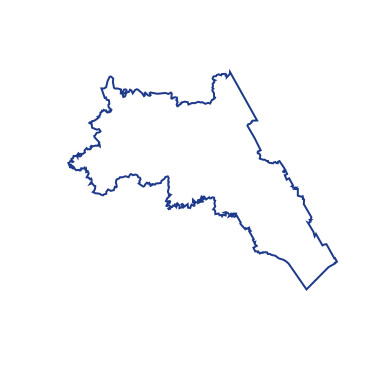 Stratford District, Manawatu-Wanganui, New Zealand, rotated 241°
{"feature_id": "76426892B63659956028788", "entity_name": "Stratford District", "entity_type": "district", "adm_level": 2, "iso_a3": "NZL", "parent_name": "New Zealand", "parent_adm1": "Manawatu-Wanganui", "projection": "albers", "projection_center": [174.669, -39.151], "detail": "fine", "context": "isolated", "style": "outline", "palette": "blue", "viewbox_px": 384, "rotation_deg": 241, "n_neighbors": 0, "source": "geoboundaries", "source_scale": "gbopen_adm2", "svg_char_len": 6135}
<svg xmlns="http://www.w3.org/2000/svg" viewBox="0 0 384 384"><g transform="rotate(241 192 192)"><path d="M51.3,244.9L60.1,275.0L60.2,282.7L60.8,282.7L60.8,285.0L64.9,285.0L64.9,284.3L81.1,284.3L81.9,282.5L82.0,280.2L95.2,280.1L93.8,277.8L98.2,278.9L109.1,278.5L108.3,279.1L108.5,281.2L109.3,281.9L109.6,281.3L110.6,281.4L110.2,283.0L110.7,282.8L112.1,284.2L127.2,283.9L131.1,286.4L132.1,285.5L133.0,286.4L134.7,286.7L134.7,285.5L137.5,282.8L143.3,286.0L144.8,283.3L145.3,285.3L147.0,282.4L148.1,282.7L148.6,282.2L148.8,283.5L156.9,283.6L156.9,280.8L161.7,281.3L161.6,283.9L165.8,284.3L165.6,282.9L164.7,282.2L165.2,281.6L165.8,281.7L166.4,283.8L167.9,284.3L176.6,283.5L176.7,281.9L175.6,281.0L176.3,279.9L177.8,279.5L178.2,277.9L177.8,276.8L179.7,274.2L181.2,273.1L182.3,273.5L182.8,272.4L185.0,271.3L185.7,269.9L188.4,267.4L190.5,269.3L191.9,269.6L193.2,269.3L193.8,268.3L194.9,268.6L195.5,269.3L195.2,272.3L208.9,272.9L223.1,272.6L224.0,274.0L223.5,275.6L224.0,278.0L224.7,278.2L225.0,279.5L223.0,283.6L278.5,283.4L276.9,282.3L275.4,277.9L276.6,278.5L277.4,277.8L278.4,278.9L279.2,278.4L280.7,275.3L279.9,274.1L281.9,272.4L282.3,270.5L281.7,269.2L282.6,266.8L281.4,265.1L280.3,264.9L278.5,266.3L278.5,265.2L277.1,264.5L276.8,262.7L274.2,261.5L273.5,260.5L272.1,260.7L272.2,260.2L271.0,259.0L267.8,259.1L264.6,257.5L263.4,258.0L262.8,257.0L263.4,256.5L262.6,255.1L262.8,254.0L260.6,250.7L262.1,249.4L262.7,246.4L265.7,244.4L266.0,243.1L267.7,241.4L268.5,237.2L269.8,235.1L270.2,231.3L272.6,231.8L274.4,229.7L275.3,226.6L274.6,225.7L275.1,225.1L274.3,224.1L274.4,222.6L273.8,221.2L274.3,220.7L276.2,221.1L277.5,223.0L279.6,222.9L279.3,223.4L281.8,224.6L283.0,223.3L283.6,221.4L283.1,220.2L283.9,219.3L287.9,222.0L289.2,221.7L289.2,218.8L291.5,216.8L294.7,209.3L299.2,203.9L299.0,202.9L296.7,202.7L296.6,201.7L297.9,200.4L301.6,199.3L301.3,198.4L299.3,197.5L299.1,196.5L302.9,196.2L308.0,194.2L308.7,193.3L308.8,191.6L307.0,188.0L310.3,188.2L311.5,187.4L310.1,185.3L310.8,182.8L308.1,179.8L308.4,178.0L311.1,178.6L311.5,182.9L312.1,183.8L313.3,184.1L314.1,183.4L314.5,182.2L312.2,178.3L312.7,177.5L316.1,179.6L318.7,177.0L319.8,174.8L321.0,174.3L326.4,176.1L329.4,178.1L331.8,177.3L332.6,176.6L332.7,175.8L330.0,172.0L325.3,167.7L325.2,165.2L326.5,163.0L316.6,161.3L316.3,162.6L314.1,162.1L312.5,163.8L309.1,162.4L308.7,161.1L306.6,160.2L303.0,161.4L302.0,160.0L303.0,159.2L301.9,158.6L302.5,156.7L303.0,156.3L303.9,157.3L303.6,156.3L305.0,156.3L305.0,155.6L306.6,154.7L306.0,153.2L306.7,152.7L305.8,151.5L305.9,150.4L304.4,149.6L303.6,147.8L302.8,147.6L303.5,146.0L302.2,145.9L301.7,141.3L302.4,138.8L300.7,137.2L302.4,136.7L302.2,135.7L299.9,137.1L296.7,135.8L292.7,139.0L292.0,141.2L289.4,141.4L289.1,140.2L289.9,137.2L288.4,134.6L288.4,133.6L287.2,133.3L280.3,135.0L279.0,133.3L278.3,134.2L276.6,133.5L278.6,132.5L278.4,131.4L279.4,130.0L280.0,127.4L281.2,126.3L280.7,125.1L279.6,125.5L278.9,124.5L278.9,123.0L279.7,122.4L279.8,121.5L281.5,121.1L280.4,118.1L278.6,117.6L278.2,115.4L279.2,113.3L277.6,113.0L277.3,111.6L278.0,110.6L280.0,111.6L280.9,111.4L280.1,109.7L278.1,108.7L279.9,108.6L280.1,107.1L280.9,105.9L279.2,104.3L279.5,102.8L278.0,102.1L276.1,102.8L276.1,101.9L278.2,100.9L277.2,98.9L277.3,97.9L275.1,97.7L274.8,99.3L273.2,99.7L272.8,98.3L273.4,97.4L273.0,97.3L271.9,98.1L271.7,100.6L270.4,100.7L271.3,99.7L270.4,99.3L269.9,100.2L267.1,101.4L266.2,103.8L265.1,104.3L264.9,105.1L265.9,105.8L265.7,106.6L266.3,106.8L265.1,108.6L265.4,109.9L263.1,109.6L263.5,110.5L262.0,109.8L261.0,110.7L260.5,109.6L260.0,110.8L258.2,110.6L255.9,107.0L254.6,108.6L252.8,108.8L252.7,110.3L251.1,110.1L249.6,109.0L248.4,106.6L248.1,108.9L245.3,109.3L244.1,110.3L241.9,108.8L240.4,106.9L240.0,105.3L237.8,106.8L235.6,110.0L232.9,111.8L232.2,112.7L232.6,113.9L232.0,116.1L233.8,117.3L234.9,119.9L232.4,121.5L231.5,124.5L233.9,127.0L232.9,128.0L233.1,128.8L237.5,130.2L239.5,132.0L239.2,134.8L239.8,136.4L238.8,137.6L238.0,141.5L235.7,143.7L237.2,146.2L237.3,147.4L235.3,148.5L234.7,151.0L233.2,152.3L231.1,152.1L229.7,153.4L228.1,153.2L227.1,151.4L225.8,150.9L225.3,149.5L220.4,152.0L220.2,153.1L221.3,154.7L222.0,157.1L220.8,157.5L220.7,159.0L219.2,158.5L218.8,159.6L217.5,158.9L217.4,160.7L217.9,161.7L216.4,163.2L216.9,164.5L215.0,169.0L216.6,171.0L216.9,174.2L218.0,176.0L217.4,178.4L215.6,178.4L213.0,176.4L211.9,176.6L211.2,175.5L208.5,174.2L207.8,174.5L204.0,171.1L201.5,170.7L199.9,172.1L199.3,170.3L199.7,169.7L198.7,168.9L198.6,167.5L196.7,164.8L195.8,165.3L194.9,168.1L194.4,168.3L193.3,167.3L193.9,165.4L192.3,162.9L191.8,163.2L191.6,165.5L190.2,165.9L189.1,165.6L189.0,163.3L188.2,163.4L187.9,164.7L189.1,166.2L188.5,167.5L189.4,168.5L188.6,169.5L189.3,170.8L186.4,170.9L187.6,172.5L189.1,172.9L189.3,173.7L185.9,174.4L184.0,173.2L183.6,175.4L184.5,177.2L186.2,176.8L186.2,177.8L184.4,178.2L182.8,177.3L183.5,182.3L180.3,180.9L178.9,182.6L181.2,185.5L178.9,187.0L178.9,187.6L180.4,188.2L180.9,189.2L182.4,187.8L184.8,189.1L180.9,190.3L180.6,192.4L181.9,193.4L181.5,195.0L179.4,192.5L179.2,194.9L180.8,195.5L180.0,196.3L178.5,196.3L178.4,196.9L182.2,196.8L182.9,197.6L181.5,197.5L180.2,198.8L181.0,199.4L182.4,198.9L182.6,199.6L181.9,200.5L178.7,200.7L179.0,204.5L177.6,204.8L177.2,205.6L177.5,207.2L176.3,208.6L174.3,207.5L173.2,208.1L171.3,206.1L168.1,205.3L166.5,202.2L165.9,202.9L164.2,203.0L161.3,201.7L160.2,204.9L158.3,204.8L157.6,206.6L156.2,206.6L157.1,208.3L155.2,210.0L157.0,211.6L158.3,210.5L158.0,211.8L156.5,213.1L153.7,213.9L152.8,212.6L152.8,214.0L154.1,215.7L153.2,217.0L151.9,216.2L152.0,214.4L151.2,214.8L150.5,216.8L151.8,216.9L151.9,218.3L152.6,218.6L151.7,220.1L151.3,219.8L151.5,219.1L150.0,219.3L149.5,218.5L149.3,219.7L141.6,219.8L141.0,219.0L139.6,219.1L133.8,220.5L134.3,221.4L133.3,221.9L133.2,224.7L131.9,224.4L132.1,223.5L129.6,224.4L129.8,223.0L120.8,223.1L120.6,222.0L117.6,222.0L117.6,222.9L116.1,221.6L113.5,222.5L113.5,218.7L109.4,218.5L108.0,220.9L107.2,220.4L106.4,221.6L105.3,221.6L105.0,224.3L104.5,224.5L104.8,225.1L102.8,228.4L101.1,228.2L100.0,230.2L98.6,230.9L95.8,234.0L91.8,235.8L88.4,239.1L85.4,240.8L82.5,241.8L51.3,244.9Z" fill="none" stroke="#1e3a8a" stroke-width="2"/></g></svg>